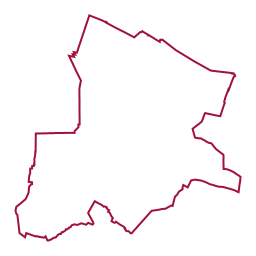 outline of Pajacuarán, Michoacán, Mexico
{"feature_id": "50627088B74938552540621", "entity_name": "Pajacuarán", "entity_type": "district", "adm_level": 2, "iso_a3": "MEX", "parent_name": "Mexico", "parent_adm1": "Michoacán", "projection": "natural_earth1", "projection_center": [-102.531, 20.15], "detail": "fine", "context": "isolated", "style": "outline", "palette": "rose", "viewbox_px": 256, "rotation_deg": 0, "n_neighbors": 0, "source": "geoboundaries", "source_scale": "gbopen_adm2", "svg_char_len": 5158}
<svg xmlns="http://www.w3.org/2000/svg" viewBox="0 0 256 256"><path d="M128.7,231.2L130.6,233.3L131.7,233.2L132.3,232.5L151.6,210.8L158.4,209.8L160.8,209.3L162.7,208.9L164.3,208.9L165.9,208.5L169.2,206.6L171.3,205.5L172.6,205.9L175.0,196.5L176.2,195.6L177.1,194.7L177.6,193.8L178.4,192.4L179.2,191.5L180.0,190.9L181.1,190.2L182.1,189.6L182.7,188.8L182.5,187.6L182.8,186.7L183.2,185.3L183.3,185.0L187.7,187.4L188.1,186.6L190.9,180.9L191.0,180.5L195.0,179.6L201.4,180.6L205.8,182.2L209.9,184.2L212.4,184.8L216.1,186.0L219.3,186.8L220.8,186.7L222.7,187.0L223.9,187.2L230.5,189.0L234.1,190.1L237.8,191.9L238.6,192.2L239.6,184.1L240.1,181.7L240.5,176.8L238.8,175.6L236.5,174.1L234.0,172.3L232.2,171.4L230.4,170.5L228.6,169.8L227.0,169.3L225.5,169.1L223.6,169.0L223.6,168.1L223.4,159.2L223.6,158.4L223.4,154.7L222.6,154.1L221.6,153.4L216.0,149.1L214.4,147.1L213.9,146.7L213.2,145.6L212.3,144.3L210.9,143.1L209.5,143.0L208.5,142.7L207.8,142.3L206.4,141.6L205.2,140.8L203.1,139.6L202.5,139.3L201.9,139.1L201.6,138.9L201.4,138.6L201.1,138.4L199.3,138.3L198.9,138.3L198.3,138.3L197.1,137.9L196.4,138.0L195.0,137.5L193.9,133.6L192.6,128.8L194.1,127.6L200.6,122.6L201.7,121.6L202.5,119.6L202.7,119.3L203.2,117.9L204.2,115.0L204.9,113.3L205.2,113.1L214.5,115.1L220.2,116.2L221.1,113.7L221.6,112.2L222.7,108.7L224.2,104.3L224.8,102.7L224.1,101.9L224.3,101.1L225.0,99.2L225.0,98.9L225.0,98.6L225.6,96.8L227.8,91.1L228.3,89.6L228.6,90.2L229.9,86.9L230.7,84.6L230.8,84.3L230.9,84.0L233.0,78.6L233.6,77.1L235.0,76.3L235.2,76.0L235.1,75.7L234.1,74.6L234.4,74.5L233.5,73.5L233.5,73.3L233.3,73.3L233.2,73.6L232.4,73.6L232.5,73.2L228.4,72.6L223.6,72.1L220.0,71.7L210.9,70.6L210.1,70.2L209.7,70.0L202.2,65.8L192.4,60.3L192.2,60.1L181.7,53.7L177.2,51.0L176.2,50.4L175.4,49.8L162.3,39.6L161.9,39.8L161.5,40.0L161.2,40.0L160.3,39.6L160.2,39.7L160.1,40.0L159.7,41.7L159.7,41.8L157.5,40.5L155.3,39.2L153.1,37.8L153.0,37.7L151.0,36.5L150.9,36.5L149.0,35.3L148.8,35.3L148.9,35.2L148.5,35.0L146.6,33.9L144.5,32.6L144.4,32.6L142.4,31.3L142.3,31.2L141.2,32.2L140.2,32.1L138.3,33.8L135.0,36.6L134.5,37.2L134.3,37.4L129.4,34.8L124.2,32.0L122.6,31.3L118.5,29.2L115.9,27.9L106.3,22.7L106.5,22.0L106.3,21.9L106.1,22.5L105.9,22.3L105.7,22.2L104.0,21.3L103.3,20.9L99.2,19.2L90.1,15.7L89.3,15.4L89.2,15.7L88.9,16.6L88.4,18.2L87.7,20.3L86.9,22.6L86.7,23.3L86.1,24.9L85.4,27.1L84.7,29.4L83.9,31.7L83.2,33.8L83.1,34.0L82.4,36.2L81.7,38.2L81.0,40.3L80.3,42.4L80.2,42.8L79.5,44.8L78.7,47.1L78.5,47.8L76.9,52.7L76.4,52.6L73.9,52.1L75.2,54.6L72.7,54.2L72.8,54.4L73.4,55.5L74.0,56.8L71.5,56.3L69.0,55.8L70.2,58.3L71.3,60.7L71.5,61.2L72.6,63.3L73.7,65.7L73.8,66.0L74.9,68.2L75.4,69.4L76.0,70.7L77.2,73.1L77.3,73.3L78.6,75.9L79.8,78.3L80.9,80.5L80.9,80.8L80.0,85.2L79.6,87.4L79.4,88.1L79.4,90.1L79.4,91.5L79.4,92.9L79.4,94.3L79.4,94.6L79.4,95.7L79.4,97.1L79.5,98.4L79.5,99.8L79.5,101.1L79.5,102.5L79.5,103.8L79.5,105.2L79.5,108.0L79.5,109.4L79.5,110.8L79.5,112.1L79.5,113.5L79.5,114.8L79.6,116.2L79.6,117.6L79.6,119.0L79.6,120.4L79.6,121.7L79.6,124.5L78.4,124.5L78.4,127.3L77.2,128.5L74.7,131.0L74.6,131.7L74.6,132.5L74.6,132.9L72.2,132.9L71.9,132.9L69.7,132.8L67.2,132.9L64.7,132.9L62.3,133.0L62.2,133.0L59.8,133.0L57.4,133.0L54.8,133.0L54.5,133.2L52.4,133.2L51.2,133.2L47.6,133.2L47.3,133.3L43.3,133.4L35.8,133.5L35.6,151.7L35.3,151.7L35.2,154.4L35.1,155.3L34.3,159.4L34.4,160.8L34.5,162.0L34.3,162.4L34.5,164.4L33.8,164.5L33.9,165.9L32.1,166.1L32.1,166.6L32.1,167.5L32.1,167.8L32.1,168.5L30.2,168.6L30.2,169.0L30.2,170.4L30.1,170.8L30.2,171.7L30.1,173.5L29.6,174.7L29.4,175.4L29.0,178.2L28.9,179.3L28.7,181.9L30.2,182.0L32.0,182.3L32.1,184.1L31.2,184.3L29.1,186.7L28.6,192.4L28.3,193.2L27.9,194.3L25.6,199.1L21.3,202.8L17.2,206.1L16.4,206.7L16.2,207.2L15.5,210.8L16.3,213.6L17.4,215.0L19.4,231.9L19.5,232.9L19.5,233.0L22.9,235.7L23.0,235.7L23.2,235.9L24.9,237.1L25.0,237.2L26.3,233.1L32.8,235.4L35.5,236.4L35.9,236.1L38.7,236.8L38.7,236.6L40.7,237.1L42.2,237.3L42.3,237.4L43.2,237.5L43.4,237.6L43.5,237.5L44.0,237.6L45.6,236.3L46.2,238.0L47.0,239.3L47.2,240.0L47.3,240.3L48.0,240.6L48.4,240.5L49.1,240.2L49.4,240.0L50.0,240.0L51.1,239.4L52.0,239.0L52.5,238.5L54.2,237.6L55.6,237.6L57.8,235.0L59.3,234.0L61.2,233.8L61.4,232.8L61.7,232.2L62.3,232.2L63.0,232.1L65.6,230.3L65.9,229.3L66.9,229.4L68.0,228.5L68.8,228.4L69.3,227.4L70.1,227.2L70.9,226.8L71.6,225.4L74.3,224.3L76.2,224.8L77.3,224.9L79.5,224.1L81.2,223.3L82.5,223.6L86.1,224.7L88.2,222.8L90.0,223.6L92.2,224.5L92.8,224.5L93.4,223.6L93.3,222.9L93.1,222.1L92.7,221.6L90.5,217.4L89.2,215.1L88.1,213.0L88.9,211.5L91.4,207.1L94.7,201.3L98.3,203.2L101.6,204.9L103.8,206.7L104.3,206.4L105.1,206.6L106.7,207.2L106.6,207.9L106.6,208.0L106.8,208.3L107.3,208.9L107.9,209.5L108.4,210.1L108.8,210.4L109.0,210.4L108.2,211.8L108.6,211.9L108.9,211.8L109.3,212.5L109.5,212.6L110.1,213.3L110.8,215.1L111.9,216.9L112.6,217.6L112.4,218.2L112.7,218.4L111.7,220.7L111.6,220.9L111.5,221.2L114.3,222.8L115.3,222.5L115.9,221.7L116.9,222.4L117.5,222.8L117.8,223.0L119.2,224.1L123.5,226.6L124.6,227.3L124.7,227.5L124.3,227.4L124.8,229.0L125.3,229.4L125.5,229.4L125.7,229.8L125.8,230.5L126.0,230.7L127.2,231.2L128.7,231.2Z" fill="none" stroke="#9f1239" stroke-width="2"/></svg>